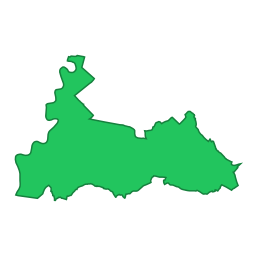 the district of Sangeorgiu De Mures, Mures, Romania
{"feature_id": "2599482B98895625146940", "entity_name": "Sangeorgiu De Mures", "entity_type": "district", "adm_level": 2, "iso_a3": "ROU", "parent_name": "Romania", "parent_adm1": "Mures", "projection": "albers", "projection_center": [24.638, 46.59], "detail": "fine", "context": "isolated", "style": "filled", "palette": "green", "viewbox_px": 256, "rotation_deg": 0, "n_neighbors": 0, "source": "geoboundaries", "source_scale": "gbopen_adm2", "svg_char_len": 5775}
<svg xmlns="http://www.w3.org/2000/svg" viewBox="0 0 256 256"><path d="M238.1,185.5L236.7,181.9L235.3,177.0L235.0,175.4L234.6,174.3L233.3,172.2L234.1,172.0L234.5,171.7L234.7,171.2L237.7,167.7L237.8,167.4L237.7,167.3L237.3,167.3L237.4,166.8L240.6,163.8L238.7,164.2L237.0,164.8L234.7,165.4L232.9,165.3L231.5,164.5L231.4,164.1L231.5,163.3L231.6,162.6L231.9,162.0L231.1,161.7L226.4,159.3L226.3,159.0L225.0,158.0L224.3,156.9L220.7,153.1L219.4,152.5L219.0,152.2L218.3,151.1L217.7,151.1L216.7,150.0L216.2,148.9L215.7,148.8L215.7,148.2L215.4,147.0L213.5,141.6L212.8,141.1L212.6,141.1L211.9,141.7L211.5,141.8L211.2,141.5L210.7,140.3L210.0,139.1L209.7,139.4L209.6,139.8L208.4,141.4L206.2,139.7L204.0,137.6L202.3,135.4L200.8,134.3L199.3,132.4L198.5,130.7L198.3,129.9L197.8,129.1L196.3,127.5L195.7,126.5L195.6,126.0L196.0,125.5L196.2,125.0L196.2,123.9L195.9,121.8L195.6,120.9L195.5,120.3L195.0,119.8L195.0,119.7L195.3,119.4L195.4,119.2L195.4,118.6L195.0,118.1L194.4,118.0L194.3,117.8L194.0,116.9L194.2,116.1L194.5,115.8L194.3,115.5L194.4,115.3L194.3,114.7L193.5,114.2L192.8,113.3L191.7,112.8L190.5,111.7L190.0,111.4L188.2,111.5L187.9,111.9L187.3,112.3L186.5,113.3L185.7,114.1L185.1,114.5L185.9,117.1L185.2,118.3L182.9,120.8L180.0,123.7L179.3,124.1L172.8,117.8L172.1,117.3L170.8,118.1L169.9,119.1L168.2,120.7L165.5,121.5L163.2,122.6L161.7,123.6L160.1,122.0L158.9,121.6L158.2,121.8L157.4,122.3L156.5,122.5L156.1,122.7L155.6,123.3L154.1,126.6L153.9,126.8L153.2,126.8L152.9,127.1L152.7,128.2L152.5,128.9L151.9,129.9L150.3,130.4L149.4,130.4L146.5,131.0L144.7,130.8L145.2,132.7L145.2,134.8L145.4,136.6L146.3,138.7L143.3,138.2L141.5,138.4L138.1,138.0L137.2,137.7L135.8,136.9L135.2,136.1L134.7,133.8L134.7,130.6L134.3,129.8L132.9,128.6L129.8,126.9L128.0,126.6L126.2,126.1L125.1,125.9L123.0,125.0L120.0,124.8L104.7,122.0L89.4,119.0L91.2,117.8L92.8,116.1L93.3,115.3L84.3,106.1L83.4,105.0L83.6,104.3L83.0,104.1L80.3,101.8L79.9,101.2L78.9,100.5L74.5,95.6L89.5,83.5L91.5,82.1L93.7,79.6L94.3,78.6L81.8,67.5L84.6,57.0L83.7,56.7L77.2,55.5L76.8,55.8L76.7,56.1L76.2,56.3L74.7,56.4L71.3,56.1L70.5,56.4L70.0,56.8L69.9,57.0L68.6,56.7L67.5,59.9L67.4,60.9L68.5,61.2L71.1,61.4L72.1,61.7L72.4,62.0L73.4,62.3L74.2,62.7L75.0,63.6L75.4,64.9L75.9,66.4L76.2,68.5L76.0,69.5L75.5,70.4L74.7,71.3L73.4,72.3L72.0,72.5L70.5,72.4L69.5,72.2L68.6,71.7L68.2,71.1L67.6,69.9L67.0,69.1L65.5,67.9L64.1,67.1L63.0,67.0L62.4,67.3L60.9,68.5L60.3,69.2L59.9,70.2L59.8,71.0L59.8,72.2L61.0,76.5L62.5,80.7L63.4,83.1L63.6,84.2L63.6,85.2L63.5,86.0L62.6,87.8L61.8,88.5L60.6,89.0L56.2,89.7L55.7,90.1L55.3,90.6L55.1,91.3L54.9,92.2L54.9,93.0L55.8,97.3L55.9,99.2L55.9,100.3L55.5,101.0L54.8,101.8L53.7,102.6L52.5,102.9L48.0,103.6L47.3,103.8L46.4,104.5L46.1,104.9L46.2,105.7L46.4,107.1L46.4,107.9L45.8,116.0L46.0,117.4L46.5,118.5L47.2,119.6L48.0,120.1L49.3,120.3L51.3,119.9L53.3,119.0L55.0,118.7L57.0,118.9L58.0,119.6L58.2,120.2L58.2,121.0L57.8,122.1L57.2,123.3L53.8,127.2L49.8,130.8L48.8,132.1L48.4,133.4L48.1,134.5L47.8,138.8L47.5,140.4L47.0,141.5L46.3,142.5L45.2,143.2L43.7,143.6L42.0,143.5L40.1,142.8L37.8,141.6L36.8,141.4L35.4,141.6L34.2,142.1L33.4,143.0L32.6,144.1L32.0,145.8L31.7,148.1L31.0,151.7L30.6,153.0L30.0,153.8L29.1,154.6L28.0,155.1L25.7,155.4L23.9,155.1L20.9,154.2L19.3,154.3L17.3,154.8L16.0,155.9L15.6,156.8L15.5,158.0L15.4,159.5L16.0,162.7L17.8,166.4L19.4,170.7L20.0,173.7L20.0,180.3L20.2,183.5L20.1,186.1L19.5,187.9L18.8,189.4L17.3,191.6L16.4,193.5L15.8,195.0L18.0,195.6L37.5,198.3L42.4,194.1L42.9,193.6L42.9,193.1L44.1,190.1L44.7,188.9L45.6,187.7L46.4,186.9L48.8,185.3L50.9,187.6L51.1,188.1L51.1,189.8L51.0,190.6L50.8,191.1L51.1,191.5L51.3,191.6L51.4,191.3L51.9,191.6L52.0,192.8L52.7,194.2L52.8,195.6L53.8,195.9L54.5,198.5L54.5,200.3L55.1,200.5L55.5,200.3L55.7,199.7L56.3,198.8L57.4,198.4L57.7,198.1L58.2,197.9L58.4,197.4L58.6,197.3L59.2,197.5L60.0,197.2L60.5,197.2L61.2,197.9L61.4,198.2L62.5,198.3L66.4,199.5L66.7,198.4L66.7,197.6L67.3,196.1L68.1,196.2L68.7,196.1L70.0,195.5L71.0,195.4L71.7,194.6L72.1,193.9L72.9,192.7L74.7,191.0L75.5,189.7L76.1,189.4L76.9,189.5L77.0,189.3L77.3,188.4L78.2,187.3L80.2,186.5L82.7,185.7L83.5,185.1L85.2,184.3L87.0,184.1L87.6,184.2L88.1,183.9L89.7,183.9L90.1,183.9L90.4,183.7L90.9,183.7L92.5,184.3L94.1,185.3L95.1,186.2L95.8,186.2L96.7,186.4L96.8,186.1L97.0,185.9L97.7,186.3L99.6,186.4L102.7,187.5L102.9,187.7L103.5,187.7L103.5,188.3L104.0,188.7L104.6,188.7L106.0,189.1L108.1,188.9L108.4,189.2L108.8,189.3L109.7,190.0L110.5,190.9L111.6,191.5L112.0,191.5L112.9,192.3L113.0,192.9L113.7,194.3L115.6,197.2L115.9,197.2L116.1,196.9L116.1,196.5L116.8,195.8L119.0,194.5L119.5,194.5L120.0,195.1L121.4,194.9L121.8,195.0L122.2,195.2L122.5,195.5L122.7,196.1L123.3,197.0L123.7,197.2L124.4,198.0L124.8,198.1L125.0,197.9L125.4,196.6L125.9,194.2L127.5,194.0L128.4,193.7L129.9,193.7L132.0,191.6L133.5,191.0L136.1,191.1L137.2,190.9L138.0,190.5L139.1,189.6L143.5,185.7L145.9,184.8L150.0,183.0L151.0,182.4L150.8,181.7L150.7,180.8L150.7,180.4L151.0,179.6L151.7,178.0L152.1,177.4L152.5,177.0L153.5,176.5L153.7,175.9L155.6,176.1L159.4,177.1L162.3,177.1L165.0,177.3L165.9,177.5L165.5,178.4L165.2,179.4L164.9,180.0L163.9,180.1L163.6,180.7L163.7,182.2L163.9,182.5L163.9,183.0L164.6,184.4L167.0,183.1L168.1,183.0L168.5,183.2L169.8,184.6L170.3,184.9L172.4,185.0L173.3,185.2L176.5,186.6L178.1,186.9L178.7,187.1L180.6,188.6L181.6,189.1L182.8,189.5L187.2,190.5L189.6,190.8L194.6,190.8L196.0,191.0L196.5,190.7L197.0,190.3L199.6,191.6L202.8,193.8L203.9,194.1L205.0,193.8L207.1,194.1L209.8,191.9L211.3,191.5L212.3,191.1L212.5,191.3L212.6,191.8L213.8,191.7L214.5,191.4L215.3,191.0L214.9,190.4L215.2,189.8L216.7,190.2L217.5,190.9L217.8,190.9L219.3,188.8L220.2,188.0L220.3,187.7L220.3,186.9L221.7,184.8L226.2,187.0L231.6,190.2L232.3,189.4L232.8,188.9L234.1,188.3L238.1,185.5Z" fill="#22c55e" stroke="#15803d" stroke-width="1.5"/></svg>